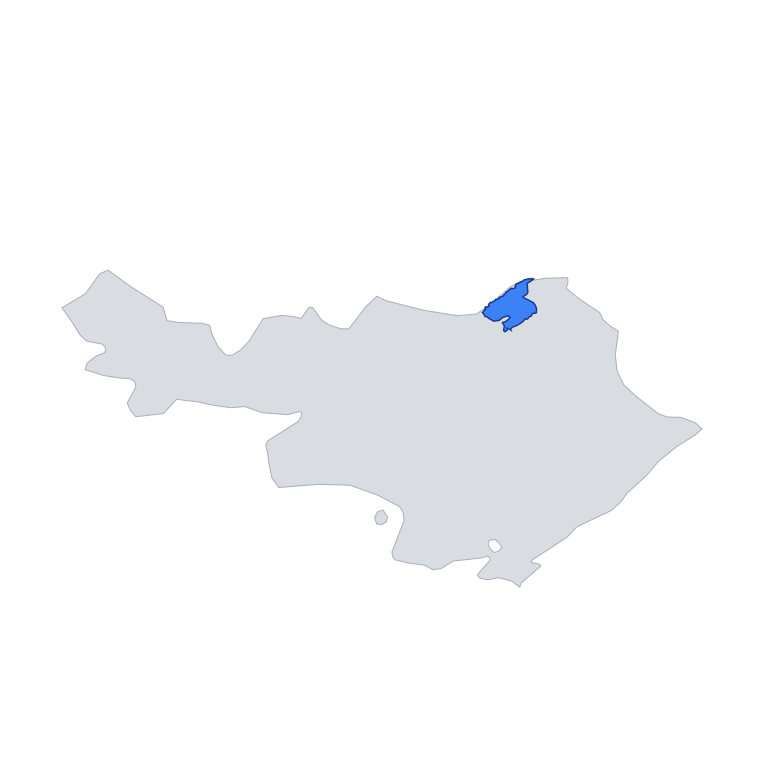 location of Armavir, Armavir, Armenia, rotated 148°
{"feature_id": "60910142B17839565239341", "entity_name": "Armavir", "entity_type": "district", "adm_level": 2, "iso_a3": "ARM", "parent_name": "Armenia", "parent_adm1": "Armavir", "projection": "orthographic", "projection_center": [44.066, 40.108], "detail": "fine", "context": "in_parent", "style": "filled", "palette": "blue", "viewbox_px": 768, "rotation_deg": 148, "n_neighbors": 0, "source": "geoboundaries", "source_scale": "gbopen_adm2", "svg_char_len": 4927}
<svg xmlns="http://www.w3.org/2000/svg" viewBox="0 0 768 768"><g transform="rotate(148 384 384)"><path d="M343.6,462.3L338.2,453.6L311.0,425.2L285.8,403.3L268.6,394.3L251.4,395.3L224.5,399.7L214.7,397.9L191.3,388.3L171.9,376.8L174.6,372.1L178.7,368.7L173.8,353.9L163.2,330.0L164.3,322.6L161.0,312.3L157.3,304.5L172.6,285.9L179.6,271.0L181.1,256.4L177.2,241.3L167.3,213.9L161.3,205.9L149.9,198.4L140.5,186.2L138.1,177.5L146.2,175.9L169.6,175.8L192.2,172.9L210.0,167.3L235.7,162.6L246.2,158.3L258.6,156.3L296.1,160.7L310.1,157.1L352.3,156.2L353.4,154.4L347.6,148.7L347.7,146.5L372.7,142.6L376.6,139.8L380.0,149.0L389.5,159.1L399.9,163.0L405.5,168.6L405.8,172.9L387.6,178.3L386.4,180.9L387.6,183.4L393.1,184.6L418.9,197.1L433.5,197.2L441.3,200.9L445.2,208.5L457.6,218.7L467.5,228.7L468.2,232.2L466.4,237.3L439.4,257.5L436.0,264.4L435.7,271.6L448.1,292.9L466.3,316.0L492.3,333.4L528.1,352.0L528.8,363.9L523.5,378.3L518.8,388.1L516.8,394.6L512.5,397.5L477.1,397.6L471.8,400.0L469.5,402.8L469.4,405.1L482.2,409.2L502.4,424.1L514.1,438.7L526.2,444.9L539.9,456.3L550.9,467.1L568.0,480.9L586.5,475.8L611.8,487.7L613.1,496.3L611.8,504.0L596.2,512.8L594.4,516.3L594.5,519.2L596.6,523.2L606.0,529.9L617.2,539.7L629.9,554.5L624.5,559.2L613.1,560.2L604.1,558.6L601.1,561.7L601.4,566.7L613.3,577.9L615.8,586.3L615.7,600.9L616.8,619.3L589.5,618.8L566.4,628.2L557.6,626.6L551.4,611.1L546.1,598.5L530.6,566.3L534.4,552.8L526.0,545.3L505.9,531.8L500.7,526.2L503.3,518.3L505.0,503.8L502.9,492.2L497.5,488.8L487.6,488.8L475.7,491.9L451.8,503.5L434.9,496.6L425.2,489.4L419.5,483.5L407.1,488.7L404.0,486.3L403.1,471.3L399.3,463.2L391.6,453.9L384.6,449.4L359.0,459.0L343.6,462.3ZM380.6,193.3L381.3,187.9L380.1,183.0L376.0,181.5L370.9,182.8L370.6,188.2L372.2,193.4L377.3,195.6L380.6,193.3ZM462.9,275.6L457.1,279.1L451.6,277.6L451.5,269.3L455.4,265.8L460.0,265.9L464.4,268.9L462.9,275.6Z" fill="#d9dde1" stroke="#a8b0b8" stroke-width="1"/><path d="M233.5,363.3L232.2,363.6L231.6,363.7L229.6,364.6L228.9,363.5L228.1,363.1L227.4,363.1L225.7,364.0L222.8,363.6L221.8,364.9L220.3,364.7L219.7,364.9L218.7,364.0L217.0,363.7L214.7,367.1L214.0,370.5L214.2,373.8L216.3,377.4L217.8,380.0L219.4,382.4L219.9,384.4L215.4,384.4L213.4,385.6L211.8,388.7L209.3,393.4L206.4,393.4L201.6,393.7L202.0,394.1L202.2,394.5L202.5,394.9L202.8,395.3L203.4,395.2L203.7,395.2L204.2,395.4L204.6,395.7L204.8,396.1L205.2,396.2L205.5,396.4L205.8,396.7L206.3,396.7L206.6,396.8L207.0,397.1L207.3,397.1L207.8,397.0L208.0,397.2L208.4,397.2L208.6,397.5L208.9,397.8L209.2,397.9L209.5,397.9L209.8,398.1L210.1,397.9L210.6,397.8L211.3,397.6L212.0,397.6L212.3,398.0L212.6,398.1L212.9,397.9L213.2,397.9L213.5,398.1L213.8,398.0L214.2,398.0L214.5,398.3L214.8,398.3L215.2,398.2L215.5,398.3L215.9,398.1L216.2,398.0L216.4,398.2L216.6,398.4L216.9,398.4L217.2,398.4L217.4,398.5L217.7,398.7L218.0,398.7L218.3,398.5L218.6,398.5L219.0,398.7L219.3,398.8L219.7,398.5L220.1,398.2L220.3,397.9L220.4,397.6L220.4,397.3L220.5,397.0L221.2,396.9L221.5,396.9L221.5,396.6L221.4,396.5L221.3,396.4L221.5,396.2L222.0,396.0L222.5,396.0L222.8,396.0L223.3,396.2L223.7,396.3L224.0,396.4L224.2,396.7L224.3,396.8L224.5,397.0L224.8,397.2L225.1,397.2L225.3,397.5L225.5,397.8L225.9,397.8L226.4,397.6L226.7,397.7L227.1,397.5L227.6,397.5L228.0,397.5L228.3,397.4L228.6,397.4L229.1,397.4L229.4,397.2L229.7,397.2L230.2,397.0L230.4,397.0L230.9,397.0L231.2,397.1L231.5,396.9L231.9,397.0L232.1,397.1L232.6,397.0L233.0,396.7L233.4,396.4L233.7,396.1L234.1,395.9L234.5,396.0L235.0,396.2L235.4,396.2L235.8,396.1L236.1,395.9L236.2,395.6L236.5,395.4L237.0,395.4L237.5,395.5L238.1,395.8L238.6,395.9L239.2,396.2L239.7,396.3L240.1,396.3L240.5,396.3L240.9,396.2L241.4,396.0L241.5,395.7L241.8,395.6L242.3,395.5L242.8,395.5L243.2,395.7L243.4,395.9L243.5,395.9L243.8,396.2L244.2,396.5L244.6,396.5L245.0,396.5L245.4,396.1L245.6,396.0L246.0,395.9L246.7,396.0L247.3,396.0L247.9,396.1L248.4,396.1L248.9,396.0L249.3,396.1L249.6,396.1L249.9,396.4L250.0,396.5L250.2,396.8L250.4,396.9L250.8,396.9L251.1,396.6L251.4,396.4L251.7,396.3L252.1,396.3L252.7,396.3L253.1,396.2L253.3,395.9L253.3,395.7L253.3,395.3L253.2,394.9L253.2,394.7L253.5,394.4L253.9,394.3L254.1,394.3L254.6,394.3L255.1,394.4L255.7,394.6L256.2,394.8L256.5,395.0L256.7,395.5L256.8,395.6L257.0,395.5L257.4,395.4L257.7,395.3L257.8,395.1L257.8,394.8L257.8,394.4L257.9,394.0L258.1,393.6L258.4,393.5L258.7,393.5L258.9,393.8L259.2,393.9L259.5,393.7L260.0,393.2L260.4,393.0L260.8,392.9L261.2,393.0L261.3,393.0L261.6,392.8L261.9,392.6L262.2,392.4L262.6,392.4L262.5,391.5L262.3,389.7L262.6,387.9L260.9,386.0L260.4,384.2L258.9,381.6L257.8,379.2L256.0,378.5L252.6,376.9L248.2,377.5L245.2,376.8L242.6,376.1L241.7,373.8L244.1,372.9L248.0,372.5L251.0,373.3L251.2,371.4L251.2,369.2L252.7,367.8L254.2,366.0L253.8,364.3L251.0,364.3L250.1,366.1L249.0,364.7L247.9,362.5L247.8,363.4L247.6,363.5L246.1,363.9L245.2,364.1L240.6,363.3L236.4,363.1L233.5,363.3Z" fill="#3b82f6" stroke="#1e3a8a" stroke-width="1.5"/></g></svg>